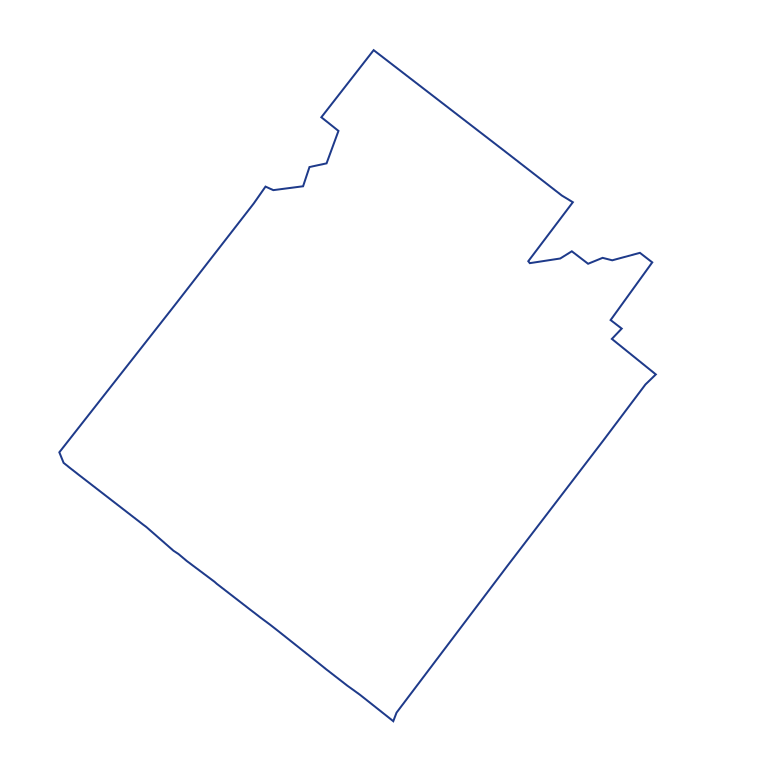 outline of Covington, Alabama, United States of America, rotated 38°
{"feature_id": "52423323B38524451377565", "entity_name": "Covington", "entity_type": "district", "adm_level": 2, "iso_a3": "USA", "parent_name": "United States of America", "parent_adm1": "Alabama", "projection": "orthographic", "projection_center": [-86.436, 31.261], "detail": "fine", "context": "isolated", "style": "outline", "palette": "blue", "viewbox_px": 768, "rotation_deg": 38, "n_neighbors": 0, "source": "geoboundaries", "source_scale": "gbopen_adm2", "svg_char_len": 801}
<svg xmlns="http://www.w3.org/2000/svg" viewBox="0 0 768 768"><g transform="rotate(38 384 384)"><path d="M593.2,450.8L591.6,294.3L590.3,223.4L592.3,209.1L535.8,208.2L537.2,194.0L523.2,194.1L520.5,123.0L504.9,123.1L487.7,146.0L478.6,150.0L470.8,163.6L450.3,163.8L445.6,176.6L424.5,199.0L422.1,198.4L420.9,124.5L408.1,126.0L338.5,126.2L170.3,127.3L170.4,212.4L192.3,212.6L202.9,245.5L191.7,258.9L198.5,278.0L177.4,299.4L169.1,301.4L170.2,321.9L170.6,450.7L170.2,637.7L180.1,643.4L188.4,643.5L199.8,643.5L281.0,643.1L284.4,643.0L320.8,645.0L326.7,644.5L337.5,644.9L372.3,644.2L375.3,644.4L416.9,644.2L427.7,644.1L430.5,644.1L442.3,643.8L446.7,643.8L450.3,643.8L500.7,644.2L513.6,644.4L541.0,644.3L556.1,643.7L598.9,644.0L596.2,635.2L593.2,450.8Z" fill="none" stroke="#1e3a8a" stroke-width="2"/></g></svg>